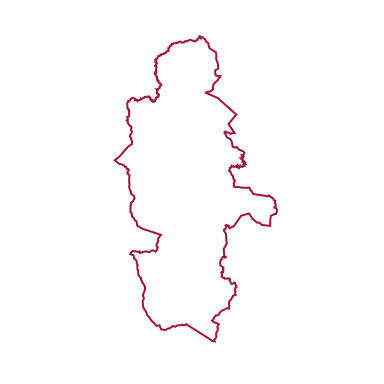 Sefwi-wiawso, Western, Ghana (orthographic projection), rotated 220°
{"feature_id": "2480657B7942392054994", "entity_name": "Sefwi-wiawso", "entity_type": "district", "adm_level": 2, "iso_a3": "GHA", "parent_name": "Ghana", "parent_adm1": "Western", "projection": "orthographic", "projection_center": [-2.458, 6.306], "detail": "fine", "context": "isolated", "style": "outline", "palette": "rose", "viewbox_px": 384, "rotation_deg": 220, "n_neighbors": 0, "source": "geoboundaries", "source_scale": "gbopen_adm2", "svg_char_len": 6094}
<svg xmlns="http://www.w3.org/2000/svg" viewBox="0 0 384 384"><g transform="rotate(220 192 192)"><path d="M92.5,141.4L93.5,141.5L95.0,144.0L95.9,144.4L97.2,146.5L96.8,147.9L100.6,149.9L101.5,149.7L101.5,148.6L102.7,147.0L106.6,148.5L106.6,149.5L107.4,149.8L108.7,149.4L109.4,148.2L111.4,146.6L112.3,147.0L113.4,146.2L114.9,146.2L115.4,146.6L115.8,148.3L117.7,149.0L117.9,149.9L116.7,150.6L117.8,152.5L118.8,152.6L119.2,154.3L122.9,153.9L125.0,155.9L126.3,158.3L125.9,160.3L126.7,161.4L126.5,162.3L125.1,163.2L124.7,162.9L124.4,163.9L126.2,163.7L131.4,169.1L131.2,170.2L132.5,175.4L134.2,176.6L139.0,181.7L142.8,182.9L143.2,183.9L142.5,184.9L143.4,186.9L143.2,187.4L143.7,188.4L144.6,188.2L144.5,188.5L145.3,188.7L141.7,189.6L140.8,188.8L139.9,188.5L139.7,188.9L138.0,192.9L139.1,205.4L134.5,212.2L128.2,210.4L122.7,210.3L120.5,211.9L117.4,211.6L110.3,216.3L114.2,221.0L116.2,224.4L114.6,228.3L113.5,229.3L114.4,231.5L116.0,233.4L116.8,233.6L118.9,233.0L119.2,233.7L118.6,234.3L119.7,236.2L120.9,236.5L122.6,238.8L124.3,238.4L125.4,239.2L128.5,238.9L129.6,238.4L130.9,238.9L131.5,236.9L133.1,236.4L143.8,229.8L146.8,231.0L148.7,231.0L150.5,232.1L151.1,231.9L156.5,227.3L160.5,225.3L161.6,223.8L163.5,223.0L164.4,224.5L165.5,225.2L166.4,227.4L166.2,228.2L168.8,228.8L171.4,230.8L173.0,230.7L175.6,232.2L176.9,231.9L177.1,232.6L177.7,232.8L178.0,235.3L178.3,235.3L177.8,236.3L178.3,237.3L177.9,237.2L177.0,238.3L176.6,238.0L175.2,238.8L174.6,241.4L173.5,239.9L173.0,239.9L172.3,240.6L171.3,240.5L171.5,241.4L173.2,242.2L172.3,242.4L172.0,243.1L171.2,242.4L170.4,243.4L171.0,244.2L170.2,243.3L169.7,243.4L169.4,243.9L169.8,244.6L168.7,245.8L169.8,246.0L169.5,246.7L169.9,247.0L169.1,247.8L170.0,248.1L170.1,248.7L171.0,248.4L170.9,247.3L171.6,248.1L171.4,249.0L171.7,249.2L172.5,249.1L172.8,247.8L173.8,249.0L175.1,249.0L175.0,250.4L176.2,249.8L175.6,250.9L176.5,251.4L175.6,251.5L175.3,252.3L177.1,252.6L176.5,253.2L176.3,254.4L177.0,255.8L180.0,256.0L181.2,255.2L183.4,254.7L186.7,255.2L187.7,253.6L189.8,252.8L194.6,256.5L196.9,257.2L200.0,256.3L205.5,258.5L205.3,260.0L203.8,259.9L201.7,261.2L200.0,261.2L198.6,263.5L197.3,264.5L207.7,267.5L207.9,279.8L232.9,280.5L245.1,276.9L245.1,277.8L242.5,281.1L241.9,284.3L244.1,286.5L244.7,288.2L244.7,291.3L244.1,293.2L244.6,295.7L244.3,298.4L244.8,299.2L247.4,297.0L248.7,296.5L251.6,298.8L252.4,300.5L251.7,301.6L251.3,303.7L255.0,307.1L259.0,309.4L261.0,312.2L263.5,314.4L270.7,313.4L272.3,314.1L275.1,316.4L277.9,316.3L280.0,317.4L282.0,317.1L283.2,317.4L284.0,316.6L286.4,316.4L286.5,316.1L285.1,315.3L285.8,315.3L286.1,313.3L285.5,312.1L286.2,311.4L286.1,310.0L286.6,309.1L287.6,309.2L288.1,308.6L291.5,307.2L292.7,304.1L294.1,303.4L294.4,301.2L296.1,299.7L296.5,300.0L298.1,299.4L298.9,296.7L299.9,296.4L300.0,295.6L301.4,294.6L301.6,293.3L302.7,292.8L302.7,292.0L302.1,291.9L301.8,291.1L302.8,290.0L302.7,288.8L302.0,288.2L302.1,287.3L302.6,286.8L300.7,285.1L302.0,282.9L301.5,282.1L301.8,280.7L302.5,280.5L302.7,279.0L303.5,278.3L303.6,277.2L304.5,277.0L304.1,276.1L304.2,275.3L305.3,274.3L304.3,272.1L305.3,270.7L305.4,270.0L304.8,269.4L303.8,269.6L303.7,268.0L301.6,268.2L301.4,265.7L300.5,265.5L300.9,264.8L299.5,264.8L298.3,263.2L298.2,262.0L296.6,261.2L297.3,260.0L296.9,259.3L296.8,259.6L296.0,259.5L295.8,258.6L293.4,258.0L293.3,257.4L292.4,257.4L291.0,255.4L290.5,255.4L290.4,255.8L289.5,255.3L289.2,255.5L289.0,254.7L286.4,254.4L285.9,254.9L285.5,254.3L284.3,254.2L284.5,251.9L283.6,250.9L284.4,249.0L284.3,248.4L285.2,247.7L283.8,247.5L284.1,246.6L283.5,247.2L283.3,245.9L282.9,245.5L282.6,245.7L281.9,244.9L280.1,245.5L279.4,244.5L279.6,243.6L278.8,243.2L278.9,242.6L280.0,241.9L280.1,240.7L279.7,239.7L279.1,239.4L279.4,238.1L278.7,237.5L279.7,235.9L280.7,236.0L280.9,236.6L281.3,236.1L282.0,236.7L282.8,236.0L283.4,236.2L283.3,236.7L283.9,236.5L284.8,237.2L284.8,237.5L286.7,237.5L286.9,236.5L288.3,235.1L288.7,235.2L289.3,234.2L289.6,233.2L289.3,232.9L290.4,231.5L290.3,230.7L291.0,230.7L290.5,230.0L291.5,229.0L292.0,226.7L292.9,227.3L293.1,226.7L294.2,226.5L294.5,226.0L294.6,226.6L295.7,226.8L297.8,226.2L298.8,224.0L298.2,222.5L299.3,220.7L298.7,220.2L299.0,219.3L298.6,218.2L296.2,215.8L295.9,214.9L293.4,214.6L293.1,213.8L292.4,213.9L291.7,212.7L291.1,212.5L290.5,211.2L289.6,210.9L288.9,209.1L289.6,208.0L289.1,208.0L288.6,206.8L287.5,206.1L287.9,204.9L286.4,204.6L285.9,203.9L283.4,203.0L280.1,202.9L278.6,200.3L277.6,200.2L276.8,199.4L276.0,197.5L276.2,196.3L275.4,194.7L272.8,193.9L271.9,192.8L270.3,192.2L269.5,190.7L268.8,190.2L270.1,185.6L270.4,172.4L271.6,166.6L265.5,166.8L263.5,168.1L261.4,168.7L260.0,168.0L258.8,169.0L256.5,167.8L255.7,168.5L254.9,168.5L254.2,167.3L254.4,166.1L254.1,165.7L253.1,165.2L253.2,164.6L250.8,164.8L247.2,159.9L244.4,157.3L243.7,155.7L240.6,153.4L238.6,152.9L238.4,152.1L237.1,151.4L234.1,151.7L232.0,150.4L231.2,147.2L231.8,144.2L230.5,143.2L230.3,141.8L229.1,140.9L227.3,138.0L226.4,137.6L226.2,137.0L224.7,136.9L223.3,136.1L222.3,134.6L220.3,134.7L217.5,133.7L215.6,133.8L212.3,131.0L206.0,132.1L188.3,139.2L187.9,134.0L186.3,132.3L185.7,130.8L185.9,129.6L185.0,128.4L183.8,127.6L182.6,127.6L181.5,124.4L181.6,122.8L183.9,122.5L185.3,121.4L186.0,118.4L188.1,117.6L190.5,115.4L191.4,113.3L192.4,112.4L193.6,112.7L193.4,111.7L195.2,111.5L199.5,108.7L199.7,106.4L199.2,104.7L196.1,105.9L193.3,103.8L192.9,104.1L190.3,103.7L188.2,101.6L186.4,100.9L186.4,100.2L184.1,97.8L183.0,97.0L182.8,97.1L179.8,94.1L177.0,93.2L175.7,93.3L174.7,92.0L173.0,91.6L171.5,90.4L170.5,90.6L167.0,89.1L165.2,86.7L163.0,80.8L160.6,79.8L159.4,76.4L155.4,72.4L149.5,70.4L147.9,69.2L139.2,67.2L137.4,67.3L133.2,66.6L131.2,69.0L127.4,66.9L123.5,69.3L122.9,71.6L121.5,73.2L120.5,77.0L118.3,77.9L117.5,80.4L114.1,83.5L114.2,84.0L112.9,84.5L111.8,85.7L111.5,87.0L80.1,91.2L78.6,92.1L79.9,92.7L80.1,96.4L82.8,99.4L83.5,102.6L84.0,103.5L85.9,105.0L86.6,108.0L92.2,106.2L94.1,106.5L93.6,107.9L94.5,110.5L94.2,113.2L93.3,113.7L92.6,115.3L93.2,117.2L92.9,120.3L91.0,123.9L90.8,125.2L88.6,126.5L90.4,128.9L91.7,129.9L93.2,132.5L93.0,134.9L93.8,138.7L92.5,141.4Z" fill="none" stroke="#9f1239" stroke-width="2"/></g></svg>